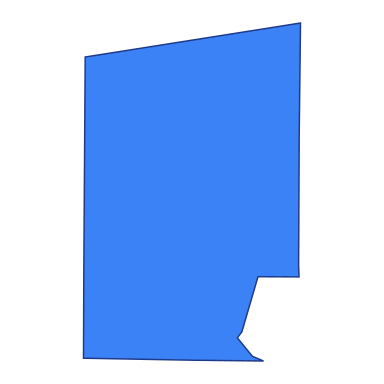 the district of Hunt, Texas, United States of America
{"feature_id": "52423323B19009886233189", "entity_name": "Hunt", "entity_type": "district", "adm_level": 2, "iso_a3": "USA", "parent_name": "United States of America", "parent_adm1": "Texas", "projection": "albers", "projection_center": [-96.037, 33.123], "detail": "fine", "context": "isolated", "style": "filled", "palette": "blue", "viewbox_px": 384, "rotation_deg": 0, "n_neighbors": 0, "source": "geoboundaries", "source_scale": "gbopen_adm2", "svg_char_len": 294}
<svg xmlns="http://www.w3.org/2000/svg" viewBox="0 0 384 384"><path d="M83.5,358.2L192.9,360.2L263.5,361.0L252.4,356.3L237.3,337.8L241.8,332.0L258.0,276.7L299.0,276.9L298.6,264.7L299.2,135.3L300.5,23.0L85.2,57.0L83.8,275.5L83.5,358.2Z" fill="#3b82f6" stroke="#1e3a8a" stroke-width="1.5"/></svg>